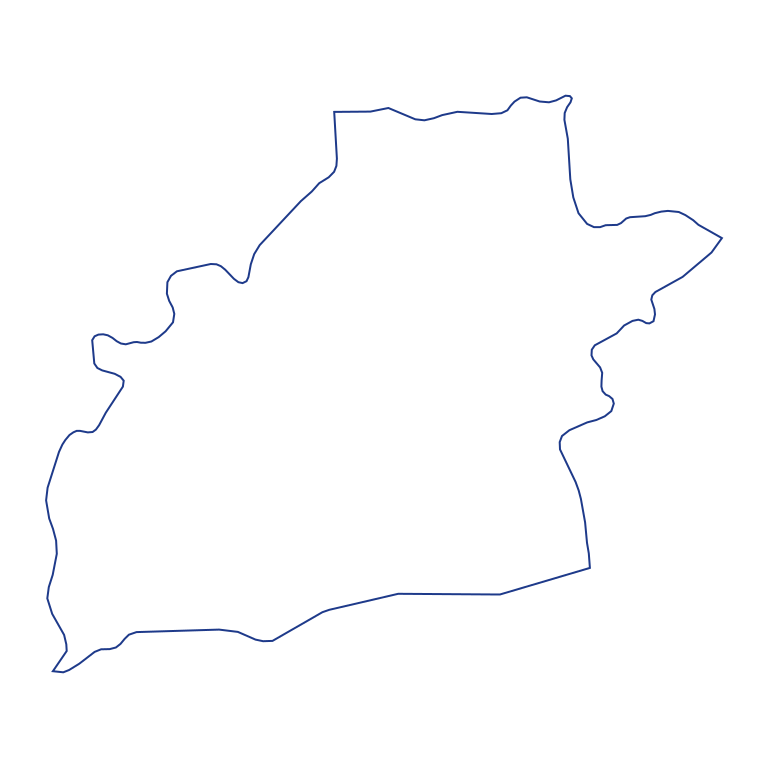 the border of Sibiu
{"feature_id": "ROU-303", "entity_name": "Sibiu", "entity_type": "County", "adm_level": 1, "iso_a3": "ROU", "parent_name": "Romania", "parent_adm1": "", "projection": "albers", "projection_center": [24.256, 45.858], "detail": "fine", "context": "isolated", "style": "outline", "palette": "blue", "viewbox_px": 768, "rotation_deg": 0, "n_neighbors": 0, "source": "natural_earth", "source_scale": "10m", "svg_char_len": 2332}
<svg xmlns="http://www.w3.org/2000/svg" viewBox="0 0 768 768"><path d="M589.9,567.9L499.9,594.5L398.2,593.8L329.3,609.8L322.4,612.2L272.5,640.9L263.1,641.2L255.5,639.6L237.9,631.9L219.1,629.6L136.5,632.1L128.9,634.7L124.7,638.8L120.5,643.9L115.9,647.5L109.7,649.1L101.1,649.3L94.6,651.9L79.3,663.7L69.1,670.0L63.3,672.3L52.9,671.2L66.7,651.0L66.3,644.3L64.1,634.9L52.2,613.9L47.3,598.4L48.8,587.1L52.7,574.9L56.8,553.8L56.1,540.6L53.0,528.9L49.2,518.5L46.1,500.4L47.6,487.7L59.0,451.9L62.4,444.5L65.4,439.9L69.5,435.0L73.4,432.3L76.6,430.9L80.2,430.9L87.8,432.4L92.6,432.0L95.9,429.6L99.1,425.2L105.8,412.7L122.9,386.6L123.7,380.7L120.6,376.9L114.7,373.8L102.2,370.4L97.4,368.0L94.3,363.5L92.2,340.2L94.6,336.3L98.4,334.6L103.2,334.3L107.8,335.3L112.5,337.9L116.7,341.2L120.9,343.5L125.8,344.3L133.7,342.2L137.0,342.0L140.8,342.7L145.5,342.8L151.4,341.5L158.7,337.1L165.6,331.3L173.0,322.3L174.3,313.9L172.7,307.5L169.2,300.9L166.9,293.7L167.4,282.2L171.0,275.8L176.9,271.3L210.8,264.0L216.5,264.3L220.9,266.2L225.3,269.8L233.9,278.8L238.4,282.2L242.6,283.1L246.5,281.2L248.4,277.2L250.8,264.3L254.2,254.1L259.7,245.1L300.9,201.1L311.8,191.5L319.2,183.2L328.7,177.3L334.1,171.8L336.4,165.9L336.9,158.7L334.2,111.9L370.4,111.6L388.4,108.0L415.3,119.3L424.4,120.3L433.9,118.2L442.2,115.1L457.4,111.8L491.7,114.0L501.3,113.2L507.4,110.3L510.8,105.6L514.5,101.6L520.5,97.7L526.8,97.3L539.7,101.5L549.0,102.3L556.1,100.4L565.5,95.7L569.9,96.1L571.8,98.3L570.5,102.3L567.1,107.2L564.7,113.0L564.4,119.8L567.8,138.7L570.3,179.3L573.3,197.4L578.5,213.2L587.1,223.9L593.9,227.1L600.2,227.1L605.7,225.2L617.2,224.9L621.0,223.1L626.2,218.5L630.0,217.2L645.2,216.2L650.7,214.9L654.8,213.2L661.3,211.6L667.9,210.9L678.8,212.0L685.4,215.1L693.2,220.2L698.4,224.8L721.9,238.1L711.5,252.5L682.6,276.9L655.4,292.0L652.3,295.3L651.3,299.6L654.4,309.0L655.0,314.4L653.5,321.2L649.4,323.4L646.2,323.1L642.4,320.9L638.3,319.7L632.5,320.9L624.1,325.5L616.7,333.4L594.8,345.3L591.8,349.7L591.5,355.4L593.3,359.4L600.1,367.4L602.2,372.8L601.6,380.5L601.4,386.6L602.6,391.2L605.7,394.6L609.1,396.1L612.5,399.0L613.8,403.6L611.3,411.1L604.8,416.3L596.3,420.0L587.2,422.4L569.4,430.2L562.0,436.0L559.7,442.1L560.0,449.4L575.6,482.0L578.7,490.5L580.9,498.9L585.1,522.4L587.0,542.8L588.8,553.4L589.9,567.9Z" fill="none" stroke="#1e3a8a" stroke-width="2"/></svg>